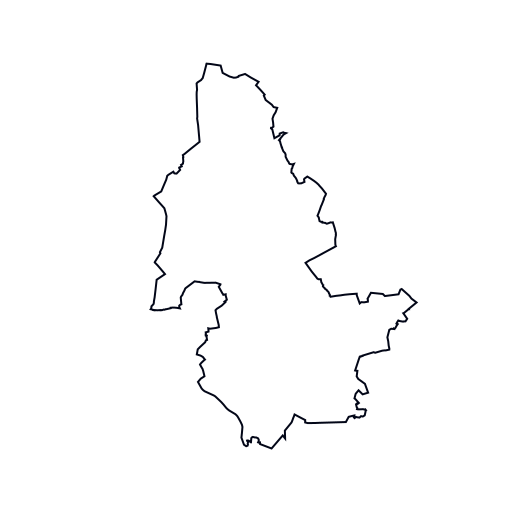 Tumes pag., Tukums, Latvia (orthographic projection), rotated 151°
{"feature_id": "27541924B85005755814597", "entity_name": "Tumes pag.", "entity_type": "district", "adm_level": 2, "iso_a3": "LVA", "parent_name": "Latvia", "parent_adm1": "Tukums", "projection": "orthographic", "projection_center": [23.074, 56.953], "detail": "fine", "context": "isolated", "style": "outline", "palette": "ink", "viewbox_px": 512, "rotation_deg": 151, "n_neighbors": 0, "source": "geoboundaries", "source_scale": "gbopen_adm2", "svg_char_len": 5999}
<svg xmlns="http://www.w3.org/2000/svg" viewBox="0 0 512 512"><g transform="rotate(151 256 256)"><path d="M229.6,426.1L231.5,422.5L235.9,413.8L239.9,406.1L240.8,404.9L243.2,398.5L250.0,383.2L261.4,381.3L269.0,379.9L271.1,379.7L271.6,377.7L272.1,377.5L273.7,374.0L274.5,373.1L275.1,372.2L275.6,372.1L277.4,372.0L277.5,370.4L280.3,370.6L280.5,370.4L280.6,368.1L285.5,366.6L287.1,367.6L287.4,368.0L287.4,368.6L287.4,369.8L293.1,369.5L294.7,369.2L297.6,366.2L300.6,363.9L307.6,358.4L313.9,358.2L315.7,358.1L316.5,357.9L314.8,350.1L313.8,345.8L313.0,342.2L313.5,340.0L314.4,336.3L315.0,334.2L319.6,326.9L323.2,322.2L326.3,318.4L334.0,308.7L338.2,305.9L338.3,304.7L347.4,299.8L347.7,299.5L346.6,295.5L344.9,287.1L344.4,284.3L354.4,283.4L359.8,275.8L364.7,269.0L367.3,265.8L368.1,264.5L369.0,263.6L371.8,262.7L373.0,261.0L373.9,260.5L372.1,258.8L372.2,258.6L371.2,257.8L371.1,258.0L368.5,256.3L365.7,255.0L365.8,254.8L364.5,254.2L362.7,253.9L361.9,253.3L361.0,253.3L360.1,252.9L355.9,251.7L355.7,252.1L353.7,251.2L352.2,250.3L350.3,249.0L348.0,247.1L347.9,248.5L347.2,249.8L345.9,250.1L344.7,249.9L344.5,250.4L342.0,256.1L341.2,256.8L339.0,257.8L338.0,258.8L335.2,260.6L333.9,261.7L333.2,262.0L322.0,263.6L319.0,261.3L318.3,261.0L317.7,260.3L314.3,257.6L304.2,252.2L300.8,248.5L301.0,248.2L303.5,247.1L303.5,239.4L303.3,238.7L303.4,237.9L301.1,237.2L301.7,236.1L302.7,231.9L305.6,231.4L305.1,230.5L305.4,230.4L310.1,229.2L315.9,228.8L317.7,228.2L318.7,225.3L319.7,221.9L319.9,221.6L322.1,213.6L323.0,211.7L326.0,212.5L329.0,213.7L331.3,214.6L331.8,215.0L332.8,215.9L333.7,213.8L334.2,212.9L337.0,213.6L337.1,213.3L337.2,212.9L337.9,211.6L338.1,211.7L338.5,210.9L338.1,210.6L338.2,210.4L337.7,210.1L338.4,209.4L339.5,206.3L340.8,206.5L341.9,205.5L342.4,205.2L348.9,203.6L352.2,202.6L355.5,198.6L352.9,195.9L352.3,195.0L351.4,193.4L350.9,190.2L351.1,190.2L355.1,189.2L356.6,188.7L357.6,188.2L357.6,184.8L357.5,183.3L357.9,181.1L358.6,178.6L358.7,178.1L359.4,175.8L363.8,175.5L367.8,174.0L367.8,168.3L367.8,166.7L367.6,165.6L367.3,164.5L366.9,163.5L366.5,162.6L360.6,154.6L360.0,153.6L359.6,152.7L358.0,147.7L357.2,145.1L356.4,141.7L355.9,138.8L355.6,137.3L355.1,135.7L354.3,133.8L350.7,127.6L350.3,126.3L350.0,125.1L349.9,123.5L349.9,118.7L350.1,115.3L350.4,114.1L350.6,113.6L350.7,113.1L354.2,107.9L356.8,104.2L358.0,96.8L356.8,94.4L355.3,94.2L354.7,94.8L354.4,95.1L354.1,96.1L352.8,97.5L352.7,97.8L353.4,98.5L353.3,98.9L352.7,98.7L352.1,98.2L352.1,97.4L351.6,97.2L350.9,97.0L350.6,96.5L351.1,96.2L351.0,95.7L350.7,95.5L348.4,99.0L347.1,99.4L346.5,99.3L344.9,97.8L343.8,97.2L342.6,95.5L342.7,93.9L343.3,92.9L344.5,92.0L343.9,91.3L342.9,91.0L343.6,89.5L335.7,80.1L319.6,86.1L319.0,82.3L315.4,89.3L305.6,93.2L304.1,94.4L301.6,96.6L301.0,97.0L299.1,98.7L294.8,92.1L292.8,89.1L292.5,88.7L293.7,86.6L291.8,84.8L285.3,81.3L281.3,79.3L257.9,67.2L252.9,70.4L249.5,69.5L247.4,68.9L248.7,67.5L248.3,66.4L246.6,66.9L246.1,66.2L243.8,64.5L241.8,65.0L240.4,63.8L238.2,63.9L236.6,65.7L234.8,67.8L234.6,67.8L234.8,69.0L235.6,69.1L236.7,70.2L237.9,70.7L241.2,72.5L241.9,73.1L241.1,73.9L241.2,75.0L240.4,77.8L238.9,78.1L238.7,77.4L237.3,77.6L238.5,82.8L238.9,83.7L235.8,87.0L235.3,87.3L231.4,88.8L229.8,83.3L224.2,82.1L222.7,91.4L226.2,98.9L226.3,101.9L223.0,106.4L224.0,107.1L224.8,107.8L216.6,115.4L214.0,117.7L213.0,117.5L213.0,117.2L211.1,116.9L211.0,117.2L199.7,114.8L198.7,113.6L191.5,112.0L189.5,111.2L188.2,110.5L184.8,109.5L184.3,110.3L183.4,113.3L181.7,117.3L180.5,121.2L175.2,126.8L173.0,126.8L170.5,125.1L170.4,125.3L170.3,125.1L169.0,125.5L166.6,127.0L165.1,127.7L165.9,128.8L164.7,129.6L162.8,130.6L162.3,130.0L162.4,129.9L159.7,127.7L158.9,127.3L158.9,127.2L157.0,126.5L156.9,126.4L154.2,127.8L154.9,134.5L154.3,134.4L148.4,135.5L148.2,135.4L148.2,135.7L138.1,137.5L140.7,143.4L141.2,146.8L144.6,156.5L146.0,156.6L149.9,153.4L162.7,158.5L163.5,161.3L173.3,168.1L179.2,164.5L179.4,163.4L180.3,161.8L184.0,163.1L186.3,164.6L188.3,164.2L186.9,172.8L186.2,174.2L192.7,177.2L197.1,179.1L200.3,180.3L200.7,180.4L205.2,182.3L210.5,184.2L210.4,184.7L210.5,185.1L210.8,185.5L210.4,186.0L210.2,186.3L210.3,188.0L210.1,188.5L210.1,189.7L210.5,190.8L210.7,191.5L210.6,192.1L210.7,192.4L211.3,193.2L211.5,193.8L211.5,194.7L211.8,195.2L212.2,197.0L211.4,197.8L211.6,198.0L211.5,200.2L211.6,201.3L210.6,204.3L212.5,205.3L213.3,206.4L213.6,208.6L214.8,215.4L216.0,226.0L211.2,226.3L206.0,226.0L181.4,225.8L181.4,226.2L181.0,227.6L178.6,232.3L176.9,234.4L175.8,235.7L175.8,236.1L175.0,237.3L174.6,239.1L173.7,242.2L172.5,248.2L173.3,248.4L174.6,249.3L176.4,249.5L178.4,249.9L179.0,250.7L179.4,251.4L180.1,251.8L180.7,252.4L181.2,252.9L181.7,253.0L181.5,253.8L182.5,254.3L183.5,255.7L182.7,258.5L182.4,259.3L182.7,261.4L181.3,262.5L178.1,265.2L174.8,268.2L174.0,268.7L169.1,272.7L169.1,273.1L167.6,274.3L165.7,275.5L164.6,276.5L165.6,283.1L166.6,287.3L166.7,288.2L167.1,289.2L167.5,290.5L168.8,293.5L170.9,297.6L172.6,300.6L176.1,300.2L176.8,299.8L177.7,297.3L181.1,297.6L183.2,298.6L183.9,299.2L183.9,301.1L183.6,301.4L183.4,303.8L183.4,305.2L183.9,307.9L183.6,309.9L184.5,311.3L184.6,311.9L182.6,314.9L181.7,315.3L180.5,316.6L178.2,318.2L180.0,318.6L182.0,320.3L182.1,321.3L181.9,322.2L182.2,324.2L182.0,328.4L181.0,330.2L180.7,331.7L181.3,334.3L180.8,338.7L180.6,338.7L180.6,339.5L179.9,342.9L179.5,344.1L179.5,344.7L179.5,345.1L179.6,345.6L179.0,345.9L179.4,346.3L173.4,348.7L172.3,348.9L170.1,348.9L170.4,349.2L171.1,349.4L172.2,351.0L175.9,351.6L176.9,350.1L182.8,350.1L180.4,358.7L181.0,360.4L180.7,360.8L180.0,360.4L178.0,360.7L176.4,364.3L175.0,368.1L172.3,370.5L169.2,372.2L165.6,375.3L168.4,377.7L168.8,380.6L171.9,387.7L171.4,392.5L170.2,392.9L170.7,395.3L171.7,399.6L173.2,405.3L169.3,407.1L174.0,414.6L177.3,420.5L183.9,421.9L184.5,421.3L187.1,421.8L189.0,422.7L192.1,425.8L196.4,432.3L194.6,439.7L202.6,445.9L206.0,448.2L206.4,447.9L206.9,447.2L212.9,440.9L216.4,437.4L218.1,436.8L218.6,436.5L222.9,436.2L224.3,435.7L227.0,429.9L228.3,428.3L229.6,426.1Z" fill="none" stroke="#020617" stroke-width="2"/></g></svg>